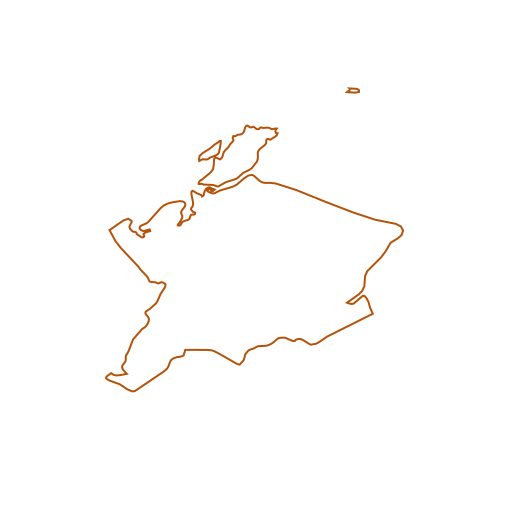 the border of Kalimantan Selatan, rotated 223°
{"feature_id": "IDN-1234", "entity_name": "Kalimantan Selatan", "entity_type": "Province", "adm_level": 1, "iso_a3": "IDN", "parent_name": "Indonesia", "parent_adm1": "", "projection": "mercator", "projection_center": [115.815, -3.094], "detail": "fine", "context": "isolated", "style": "outline", "palette": "amber", "viewbox_px": 512, "rotation_deg": 223, "n_neighbors": 0, "source": "natural_earth", "source_scale": "10m", "svg_char_len": 4963}
<svg xmlns="http://www.w3.org/2000/svg" viewBox="0 0 512 512"><g transform="rotate(223 256 256)"><path d="M380.8,175.0L377.2,191.6L374.8,196.1L370.8,196.8L369.8,195.4L369.3,193.1L368.5,191.0L366.7,190.0L363.8,189.8L362.5,190.0L361.9,190.3L360.9,191.2L360.2,191.5L359.5,191.5L358.9,191.2L358.4,190.9L358.0,190.7L354.4,191.4L353.0,191.5L351.8,192.0L351.2,193.0L351.1,194.1L351.5,194.5L353.3,195.4L353.0,197.6L350.4,202.1L351.9,202.9L355.3,197.5L358.0,196.4L359.8,196.6L361.0,198.4L360.7,200.0L358.5,204.9L358.0,207.0L358.4,226.0L357.9,230.1L356.4,234.0L354.5,237.2L349.3,244.0L346.7,246.0L344.5,246.4L342.9,245.6L341.8,243.8L341.3,238.6L341.0,237.7L340.6,236.9L339.7,236.1L337.9,235.4L336.8,234.7L335.9,233.2L335.2,230.8L334.7,228.2L334.6,226.0L334.2,225.1L333.6,225.2L332.8,225.9L332.3,227.1L332.4,227.7L333.0,229.7L333.0,230.9L332.0,233.3L330.6,235.5L329.9,237.7L331.2,240.3L331.6,241.7L330.8,242.8L329.7,243.9L329.3,245.2L329.8,246.1L330.7,246.0L332.3,245.2L335.4,245.8L336.1,247.1L336.1,248.8L337.2,250.9L338.8,252.4L345.7,257.4L347.1,259.2L346.8,260.6L341.8,261.6L337.5,263.3L336.1,262.7L335.6,264.5L337.8,268.4L338.3,271.1L337.6,273.7L336.2,274.8L334.1,275.3L331.5,276.4L331.7,274.7L332.4,273.5L333.4,273.2L334.6,274.1L335.3,273.4L336.1,272.6L336.6,270.4L334.8,270.4L331.2,271.8L329.8,272.6L328.7,274.7L327.0,279.4L320.2,290.9L318.7,295.3L317.6,305.1L316.4,309.8L314.1,312.7L312.0,313.3L304.6,313.4L302.0,314.0L299.5,315.4L295.2,319.4L291.0,322.5L271.6,331.7L241.9,343.1L213.9,354.4L193.6,363.8L175.6,374.9L170.2,376.4L165.8,374.9L163.8,370.6L164.3,365.8L166.6,357.4L164.4,347.8L163.6,340.0L164.3,321.0L162.7,315.9L156.1,307.7L154.5,302.8L154.7,298.0L157.6,283.9L155.3,284.9L153.4,286.1L152.1,287.7L150.8,299.4L149.5,300.8L146.7,300.6L142.4,299.1L137.5,296.1L131.2,293.4L148.9,245.9L151.4,235.0L151.9,233.6L152.6,232.3L155.2,228.8L155.8,228.4L156.6,228.1L164.3,226.6L166.5,225.8L167.2,225.3L167.9,224.7L169.1,223.2L169.6,222.3L169.8,221.5L169.7,220.2L170.3,219.5L171.4,218.8L178.9,216.1L179.6,215.6L180.4,214.8L182.4,212.8L183.6,211.0L184.0,208.5L184.2,206.1L184.6,203.6L185.3,201.2L186.3,199.0L187.6,197.0L192.7,191.8L193.2,191.0L194.6,186.9L196.4,183.6L196.9,182.4L197.1,181.2L196.9,177.4L196.7,176.3L196.2,175.6L195.7,175.0L195.2,173.9L194.2,172.0L193.9,171.0L193.9,167.3L193.9,166.4L193.8,165.8L194.0,165.3L195.1,164.7L196.7,164.0L210.2,160.9L216.6,159.3L221.7,157.9L224.4,156.6L227.9,153.8L243.7,139.1L241.2,134.1L241.6,132.7L242.8,130.5L244.8,128.2L246.8,124.3L247.1,121.7L246.3,119.0L244.9,116.0L244.2,112.8L244.6,109.0L251.9,76.9L252.5,74.6L253.3,73.5L254.3,72.5L259.5,70.6L260.2,70.5L263.5,70.1L268.3,69.2L278.2,65.0L280.7,64.4L282.3,64.4L282.9,65.2L283.0,66.7L282.0,71.6L279.2,71.9L277.9,72.6L276.6,73.5L274.2,76.1L270.1,81.7L275.1,82.1L276.9,82.5L278.2,83.4L279.0,84.7L279.4,88.2L279.7,90.1L280.6,91.5L282.6,93.5L283.3,94.7L283.7,97.2L284.4,99.7L289.0,111.1L289.5,124.5L289.1,126.6L288.7,127.9L288.6,129.9L288.9,131.9L289.9,135.0L291.4,136.9L293.2,137.8L296.6,138.2L298.1,138.9L298.7,140.2L297.6,144.9L296.8,152.9L297.1,155.2L299.9,163.2L301.0,169.4L301.1,170.3L301.4,171.1L302.2,172.9L302.9,173.4L303.7,173.7L306.2,173.0L307.3,172.3L307.9,171.2L308.3,169.9L309.0,169.1L311.3,168.3L312.6,167.5L314.9,165.5L315.9,165.0L317.0,164.9L320.0,166.3L322.3,166.8L331.7,167.3L335.0,168.0L360.7,169.7L369.2,171.1L380.3,174.9L380.8,175.0ZM351.1,324.8L351.8,325.5L353.5,326.4L354.1,327.1L354.4,328.3L353.0,329.1L352.0,332.3L350.6,333.8L349.5,335.6L349.5,338.4L350.2,339.9L351.6,342.6L351.9,344.2L351.4,345.4L350.4,345.8L349.1,345.8L348.1,346.0L347.1,346.9L346.6,347.9L346.0,348.8L344.7,349.1L343.1,349.1L342.1,349.3L341.3,349.8L340.6,350.6L340.4,351.2L340.5,352.6L340.2,353.3L339.6,353.7L337.9,354.6L337.6,354.8L337.2,355.5L336.4,356.4L334.6,358.2L333.6,358.7L331.4,359.4L330.4,360.1L328.6,362.7L327.7,363.4L327.6,361.6L326.7,360.2L325.4,359.6L323.9,360.5L323.1,358.2L323.5,355.8L324.3,353.3L324.7,351.0L325.2,350.6L326.2,350.3L327.2,349.7L327.7,348.7L327.4,347.7L326.0,346.0L325.5,345.3L325.2,343.3L326.2,336.6L325.8,334.0L324.9,332.4L322.4,330.1L320.4,327.3L319.7,325.6L319.0,317.3L319.4,315.0L322.1,308.0L322.7,300.4L323.4,298.3L328.3,289.6L330.6,282.6L330.8,281.3L331.5,280.6L335.2,279.0L336.4,278.2L342.9,272.6L344.7,271.8L345.7,271.1L346.5,270.0L347.2,269.6L348.1,271.1L348.3,272.5L348.1,273.7L347.6,275.0L346.2,285.9L346.6,290.2L349.5,294.5L351.2,296.3L352.8,298.5L353.0,300.4L348.1,302.2L347.9,304.3L348.7,306.6L349.5,308.1L350.4,310.1L350.6,312.0L350.4,316.8L351.0,319.5L351.1,320.6L351.1,324.8ZM361.7,288.8L362.2,286.8L363.5,287.6L365.5,290.7L365.2,294.9L363.0,303.0L362.3,309.2L361.2,313.2L361.0,315.3L360.2,316.1L358.5,314.1L354.3,307.5L353.5,306.0L353.4,304.3L354.1,302.0L356.9,296.2L357.2,294.2L357.9,292.9L361.0,290.3L361.7,288.8ZM300.6,440.6L300.7,441.1L301.0,441.7L301.4,442.3L301.9,442.3L296.3,447.0L294.0,447.6L292.6,446.2L295.0,443.0L301.3,437.8L301.3,438.5L300.7,439.9L300.6,440.6Z" fill="none" stroke="#b45309" stroke-width="2"/></g></svg>